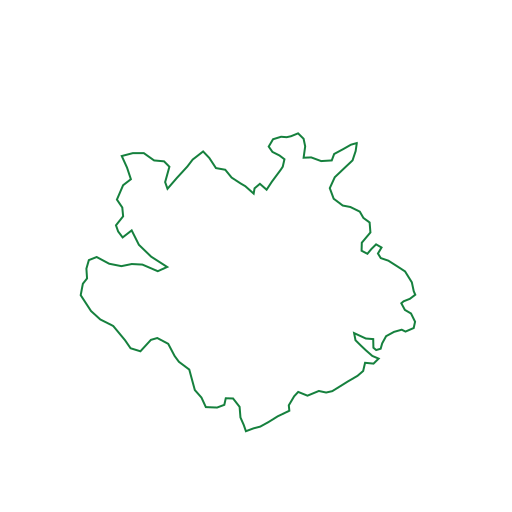 Filousa Chrysochous, Paphos, Cyprus, rotated 130°
{"feature_id": "46923920B66309151890568", "entity_name": "Filousa Chrysochous", "entity_type": "district", "adm_level": 2, "iso_a3": "CYP", "parent_name": "Cyprus", "parent_adm1": "Paphos", "projection": "robinson", "projection_center": [32.502, 34.967], "detail": "fine", "context": "isolated", "style": "outline", "palette": "green", "viewbox_px": 512, "rotation_deg": 130, "n_neighbors": 0, "source": "geoboundaries", "source_scale": "gbopen_adm2", "svg_char_len": 2116}
<svg xmlns="http://www.w3.org/2000/svg" viewBox="0 0 512 512"><g transform="rotate(130 256 256)"><path d="M183.3,109.1L181.6,112.5L176.0,119.7L172.0,131.9L173.0,140.2L174.5,151.6L177.4,159.1L175.7,164.2L168.8,165.3L169.9,171.5L176.4,172.1L182.7,172.1L184.1,178.5L177.8,183.5L164.4,183.5L157.3,190.5L157.8,198.2L155.3,205.0L157.8,215.2L161.6,222.0L162.2,233.3L156.6,243.1L145.0,246.3L133.5,245.0L120.7,243.5L111.6,247.1L104.8,251.3L104.7,251.4L109.7,254.8L117.8,257.8L127.6,261.7L134.1,259.4L141.4,267.1L145.0,277.1L150.1,282.7L140.4,288.8L135.6,294.9L135.0,302.6L141.8,306.2L145.3,308.9L148.5,313.4L155.6,318.0L164.0,316.6L165.7,310.3L163.9,302.6L163.6,296.4L170.4,292.9L173.9,292.5L188.9,291.6L198.4,290.5L198.2,299.4L205.1,300.6L209.7,297.9L209.4,309.1L210.3,314.3L211.6,325.1L209.7,335.0L214.4,343.2L210.9,354.8L209.9,363.7L220.1,365.9L222.8,366.5L231.6,366.1L247.3,366.8L261.4,367.0L257.8,373.1L243.3,379.7L242.6,387.3L248.3,395.5L249.3,408.0L256.4,416.5L265.7,423.1L271.2,411.6L277.6,401.2L287.2,403.3L302.2,398.8L304.8,389.6L311.0,383.3L322.5,383.0L325.8,377.4L327.5,370.1L316.3,367.7L322.7,352.9L323.9,335.9L321.5,317.0L330.8,321.5L335.6,337.5L342.0,346.0L350.3,352.6L356.3,363.5L359.2,377.4L366.6,381.4L374.7,377.8L381.8,371.0L388.5,370.8L391.6,369.1L398.7,365.1L404.2,347.0L404.7,334.5L401.8,322.3L401.4,320.3L404.7,302.2L407.3,292.8L403.3,283.3L387.8,282.6L382.3,278.9L379.7,266.8L384.9,254.1L386.6,247.1L385.9,234.1L392.8,224.2L398.0,216.7L399.5,206.8L404.0,197.3L397.1,188.4L390.4,184.6L384.4,187.7L379.9,182.0L382.1,171.6L389.7,164.1L393.3,156.8L396.7,151.1L389.6,147.1L384.0,143.1L375.2,139.7L364.8,136.3L353.1,131.0L349.3,134.9L338.9,136.6L333.0,136.3L329.9,126.8L319.0,121.1L315.5,114.5L310.5,110.7L293.1,105.0L282.5,101.2L275.2,100.0L267.7,103.8L262.9,96.8L255.8,96.1L257.8,102.7L257.6,111.4L257.2,118.1L256.6,125.6L252.0,131.3L248.6,118.8L244.3,112.8L250.8,107.1L250.8,103.5L246.9,100.9L241.8,103.2L233.8,104.8L225.4,101.5L218.8,97.0L217.8,92.9L209.8,88.9L204.1,91.9L200.4,100.3L201.6,107.3L198.8,114.3L195.8,113.8L189.9,110.6L183.3,109.1Z" fill="none" stroke="#15803d" stroke-width="2"/></g></svg>